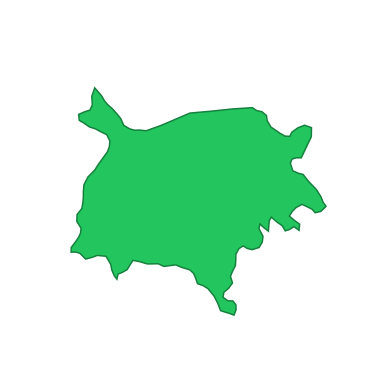 the district of Cosmópolis, São Paulo, Brazil, rotated 341°
{"feature_id": "56859067B61325650388807", "entity_name": "Cosmópolis", "entity_type": "district", "adm_level": 2, "iso_a3": "BRA", "parent_name": "Brazil", "parent_adm1": "São Paulo", "projection": "albers", "projection_center": [-47.186, -22.652], "detail": "fine", "context": "isolated", "style": "filled", "palette": "green", "viewbox_px": 384, "rotation_deg": 341, "n_neighbors": 0, "source": "geoboundaries", "source_scale": "gbopen_adm2", "svg_char_len": 1931}
<svg xmlns="http://www.w3.org/2000/svg" viewBox="0 0 384 384"><g transform="rotate(341 192 192)"><path d="M180.4,313.5L184.0,316.2L187.9,319.0L191.6,322.1L195.2,317.9L196.8,313.0L195.2,308.3L190.4,306.5L187.1,301.6L189.5,297.2L195.2,295.0L200.7,291.2L200.9,284.3L204.3,280.4L209.1,275.7L211.4,270.2L213.2,265.2L217.8,260.9L222.8,259.6L225.8,263.3L230.1,266.1L237.4,266.3L242.1,262.3L244.7,257.0L243.4,248.5L245.8,244.3L248.1,248.7L251.5,253.9L255.6,244.5L258.8,241.6L262.7,248.3L266.3,253.2L267.5,259.1L272.0,259.2L277.1,257.9L280.7,263.1L283.3,257.5L279.6,252.2L276.2,246.5L280.4,243.1L285.3,240.6L292.1,239.5L299.9,247.3L301.7,251.7L307.4,252.3L314.0,249.3L312.6,244.1L312.4,238.6L310.4,230.2L308.3,225.6L305.6,219.9L302.8,211.6L298.8,209.0L294.2,204.8L294.4,196.8L297.3,193.4L302.1,193.7L306.5,195.2L322.8,178.6L325.9,170.1L320.2,165.5L312.9,165.8L305.8,168.0L302.6,171.2L298.1,169.4L294.4,165.2L291.0,160.6L287.8,156.3L286.3,148.9L287.3,143.9L284.2,138.8L279.6,136.0L276.5,131.9L257.5,126.7L235.1,121.5L215.8,116.7L184.2,119.0L168.5,119.2L162.6,116.3L158.0,115.0L153.6,112.0L149.2,106.8L148.5,99.4L146.3,93.3L143.8,87.4L140.6,81.7L139.0,77.5L137.7,71.3L133.9,61.9L128.4,68.9L126.1,77.2L122.1,81.4L116.7,81.2L110.1,81.7L108.7,87.6L112.4,91.8L116.3,97.2L121.1,100.7L125.9,105.9L130.0,109.9L131.0,117.0L128.6,122.2L125.4,126.2L121.0,129.4L113.1,134.9L106.9,139.8L98.5,143.9L92.1,150.1L89.4,156.3L87.6,161.4L85.7,165.8L82.5,171.7L76.0,175.9L73.5,182.3L75.3,190.2L73.2,194.6L70.0,197.9L65.8,201.1L59.8,205.1L58.1,209.5L62.6,211.0L66.1,213.5L69.6,220.8L76.9,221.3L81.7,221.1L89.8,224.8L91.6,234.0L90.8,239.5L91.2,245.8L92.6,250.0L95.4,245.5L100.1,245.3L105.4,244.3L113.8,237.4L119.8,240.8L126.4,245.5L130.6,246.9L136.6,248.8L141.2,253.2L152.8,255.6L157.8,260.0L164.5,264.8L167.0,269.5L167.4,275.4L167.4,280.5L172.0,284.1L175.6,288.5L179.0,297.7L180.1,305.6L180.4,313.5Z" fill="#22c55e" stroke="#15803d" stroke-width="1.5"/></g></svg>